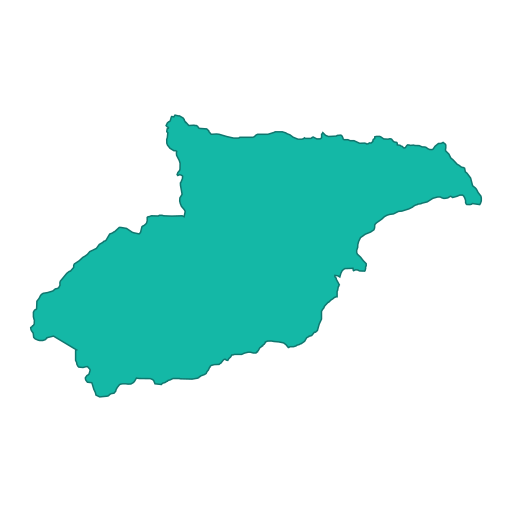 Leon Cortes Castro, San José, Costa Rica
{"feature_id": "36466004B70383874576114", "entity_name": "Leon Cortes Castro", "entity_type": "district", "adm_level": 2, "iso_a3": "CRI", "parent_name": "Costa Rica", "parent_adm1": "San José", "projection": "mercator", "projection_center": [-84.068, 9.694], "detail": "fine", "context": "isolated", "style": "filled", "palette": "teal", "viewbox_px": 512, "rotation_deg": 0, "n_neighbors": 0, "source": "geoboundaries", "source_scale": "gbopen_adm2", "svg_char_len": 6043}
<svg xmlns="http://www.w3.org/2000/svg" viewBox="0 0 512 512"><path d="M445.4,144.2L443.1,142.4L441.2,143.4L438.4,143.5L435.0,146.3L433.1,149.1L432.1,149.6L429.6,149.5L428.0,148.8L426.1,147.4L424.9,147.0L422.1,146.9L419.2,145.6L414.8,145.5L413.6,145.1L410.3,145.4L409.2,145.0L407.6,144.9L406.7,145.7L405.4,147.6L404.1,148.0L403.4,147.7L402.4,146.5L400.7,145.9L400.1,145.3L397.3,144.9L397.2,143.1L396.7,142.4L394.3,142.0L393.3,141.3L391.5,139.1L390.5,138.8L389.3,138.8L388.2,139.2L383.7,138.9L380.7,136.8L379.6,136.4L376.6,136.4L374.8,136.8L374.7,138.5L373.3,139.4L372.9,140.4L373.0,141.2L372.6,141.7L371.0,143.1L369.4,142.9L368.1,143.8L366.6,144.0L365.9,143.4L364.4,143.1L359.7,143.3L354.0,140.7L350.2,140.7L347.9,139.7L344.1,139.7L343.1,138.9L342.8,137.6L342.1,136.1L340.9,135.1L337.3,135.4L336.2,136.1L328.4,136.5L325.5,135.3L322.8,132.6L322.1,133.9L321.6,134.2L321.6,137.6L320.6,138.7L319.6,138.9L316.8,138.9L313.1,137.0L311.9,137.6L311.7,138.1L310.7,138.4L305.2,138.4L304.5,137.8L303.4,138.7L301.9,139.2L298.0,139.2L293.1,137.2L289.9,134.8L287.0,133.7L285.8,132.9L282.3,131.8L275.1,131.8L274.4,132.3L267.9,134.3L257.6,134.3L256.1,135.0L254.3,136.7L253.0,137.3L239.8,137.3L238.7,138.1L233.8,138.1L227.0,136.6L219.2,134.3L216.6,134.0L211.2,134.3L208.8,131.5L208.8,130.9L206.7,128.9L199.7,128.4L198.7,128.0L197.6,126.3L196.3,125.5L194.6,125.5L194.2,125.2L188.8,125.5L186.1,122.5L185.6,122.5L185.5,121.9L185.1,121.7L184.2,120.0L184.2,119.5L183.1,118.0L179.5,115.9L178.4,115.9L175.0,115.1L173.8,116.9L171.7,116.5L171.3,117.1L170.3,120.6L169.8,121.3L168.7,121.8L167.4,122.9L166.1,125.6L167.2,126.8L168.4,127.5L168.3,128.3L167.2,128.8L166.8,131.2L166.8,131.8L167.8,132.7L167.3,137.7L166.7,139.4L166.8,143.2L167.5,145.1L170.0,148.3L173.9,150.7L175.6,150.7L176.7,151.4L176.4,152.9L176.6,155.3L179.3,160.6L180.1,163.3L180.0,169.2L179.6,170.4L177.9,172.5L177.1,174.6L177.8,175.5L179.6,174.7L180.7,174.9L182.4,175.8L182.6,176.3L182.4,178.7L180.9,182.3L180.4,182.9L180.5,185.4L182.1,194.3L179.9,197.9L179.7,201.0L180.3,203.5L181.4,206.3L184.3,209.7L185.2,211.5L184.1,216.7L182.2,215.8L171.7,216.1L163.7,215.8L162.1,215.3L159.4,215.3L158.2,216.0L151.3,215.8L149.1,216.7L148.1,216.7L147.2,217.4L147.2,220.9L146.4,223.4L144.2,225.4L142.5,226.2L141.9,226.8L140.6,232.2L139.6,233.5L139.1,233.9L134.3,232.9L132.3,232.3L126.5,228.4L120.7,227.4L119.3,227.4L114.5,231.8L113.9,231.9L112.4,233.0L109.7,234.0L106.1,240.2L105.0,241.0L104.0,241.2L102.6,242.5L99.3,244.4L96.4,248.4L89.8,251.6L87.4,254.4L85.1,256.1L82.8,257.4L79.0,260.9L74.4,263.9L73.7,265.3L73.7,267.4L70.4,271.2L69.4,271.3L66.8,273.3L60.3,281.2L59.9,282.7L60.0,285.3L58.6,287.8L57.3,288.5L55.3,288.9L52.8,291.0L47.5,292.6L43.2,293.3L41.6,294.3L40.6,295.4L39.1,298.4L36.9,301.2L36.6,308.8L36.0,309.5L35.3,309.6L34.4,310.4L33.4,312.2L33.4,316.8L34.1,319.6L34.4,320.0L34.2,324.1L33.2,325.6L32.5,325.8L32.0,326.7L30.7,327.5L30.8,328.9L31.3,330.4L33.2,333.2L33.7,337.4L35.2,338.9L38.0,340.1L39.6,340.5L42.8,340.5L45.2,339.7L46.9,338.1L46.9,337.7L53.5,336.1L76.5,349.9L75.7,350.2L75.6,350.5L75.6,360.4L76.6,362.4L76.9,364.3L77.9,366.2L78.8,367.1L83.0,367.5L85.9,366.7L87.5,366.6L89.9,369.3L90.1,370.4L89.1,373.8L88.5,374.6L86.9,375.6L85.4,377.7L85.4,378.8L85.8,380.1L87.4,382.2L91.6,382.7L91.9,382.9L93.8,389.2L95.4,392.6L96.0,395.1L99.7,396.9L107.0,396.2L108.4,395.8L110.1,394.2L111.4,393.6L114.0,393.2L115.7,391.2L116.1,389.5L117.4,387.3L119.4,384.8L120.4,384.2L122.5,383.8L125.9,383.8L128.0,384.1L130.9,384.0L133.3,382.6L134.4,381.5L136.4,378.1L139.3,378.5L150.3,378.6L152.5,379.5L153.7,380.6L155.0,383.8L161.4,384.5L162.0,383.7L162.9,383.1L164.9,382.6L166.9,381.3L167.5,381.2L168.1,380.4L170.1,379.9L173.0,378.5L179.6,378.5L180.0,378.8L192.1,379.1L197.4,378.2L198.7,377.7L199.6,376.6L200.1,376.6L200.8,375.9L204.3,374.6L206.1,373.5L207.0,371.6L208.4,370.0L209.5,367.5L209.9,367.3L210.2,366.3L211.3,365.4L214.3,364.6L219.1,364.4L219.9,363.6L220.8,363.2L223.5,359.8L224.4,359.3L225.5,359.3L226.2,360.1L227.8,360.4L228.8,358.6L230.5,357.1L231.9,354.9L233.0,354.9L234.5,354.4L241.6,354.4L244.5,353.1L248.2,352.2L250.4,352.2L253.3,353.0L256.0,353.0L256.9,351.9L257.4,351.9L257.4,351.4L258.2,350.7L259.8,347.8L261.8,346.4L262.0,345.9L262.6,345.9L263.3,344.7L264.2,344.2L265.3,342.6L265.3,342.1L267.5,341.1L271.3,341.0L274.0,341.5L278.8,341.9L283.6,342.9L285.9,344.6L288.3,347.5L288.8,347.5L289.4,347.0L290.2,346.7L293.5,346.7L296.1,345.9L296.9,345.2L299.4,344.5L300.6,343.7L301.2,343.7L304.6,341.3L306.7,337.7L309.0,336.5L309.2,336.0L310.3,336.0L311.7,335.5L314.4,332.2L315.5,332.2L317.4,330.5L319.2,324.1L321.5,319.1L321.5,311.4L322.4,309.7L324.0,307.7L324.2,306.7L325.1,305.5L328.1,302.3L328.6,302.3L331.1,299.9L332.7,298.9L334.4,297.5L336.1,296.8L337.1,296.8L337.1,291.3L337.6,290.5L338.2,287.0L338.8,286.1L339.0,285.0L339.3,284.8L336.2,279.1L336.2,278.2L335.0,276.9L334.8,276.4L334.9,275.4L337.9,275.8L339.8,277.0L340.9,273.2L342.3,270.5L344.7,268.6L353.0,268.3L353.2,270.2L353.6,270.7L355.6,269.8L357.7,270.0L359.5,270.9L360.9,271.0L364.7,271.1L365.1,270.5L365.6,268.6L365.6,266.9L366.2,265.8L366.2,263.7L363.2,260.6L360.6,257.2L357.4,254.2L356.7,252.6L356.7,250.2L357.7,247.4L357.8,244.6L358.7,241.3L360.5,237.6L365.3,234.2L370.7,232.0L373.9,229.8L374.6,227.9L374.8,224.6L376.5,222.8L381.8,219.1L384.5,216.6L387.1,215.2L389.7,214.4L393.5,213.9L398.5,211.4L401.9,211.1L408.9,208.9L412.7,207.0L413.1,206.5L415.4,205.1L417.3,204.6L417.6,204.2L421.0,203.7L421.9,203.2L427.2,201.9L432.9,198.3L437.6,197.0L440.4,197.0L441.8,197.8L443.7,198.4L444.8,198.4L447.8,197.9L450.3,196.3L451.0,196.4L452.6,197.5L457.0,196.3L459.8,195.1L462.6,195.1L463.7,196.1L464.8,198.1L465.6,200.6L465.6,202.7L466.3,204.1L466.8,204.5L470.0,204.6L471.6,204.2L472.3,203.5L479.7,204.6L480.5,203.3L481.3,200.9L481.3,198.0L480.9,196.1L478.1,192.5L476.4,189.2L475.4,188.0L472.6,185.7L470.6,178.0L467.0,173.2L465.3,171.8L464.6,168.2L463.6,167.6L461.5,167.2L459.2,165.4L457.2,164.3L452.9,159.7L450.8,158.0L448.9,154.1L445.6,150.8L445.5,149.2L445.8,148.0L445.8,145.1L445.4,144.2Z" fill="#14b8a6" stroke="#0f766e" stroke-width="1.5"/></svg>